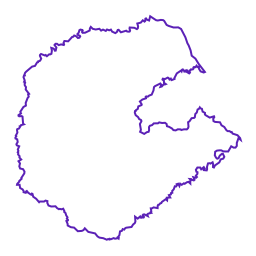 the district of Goiatins, Tocantins, Brazil, rotated 90°
{"feature_id": "56859067B69520863408764", "entity_name": "Goiatins", "entity_type": "district", "adm_level": 2, "iso_a3": "BRA", "parent_name": "Brazil", "parent_adm1": "Tocantins", "projection": "albers", "projection_center": [-47.51, -8.02], "detail": "fine", "context": "isolated", "style": "outline", "palette": "violet", "viewbox_px": 256, "rotation_deg": 90, "n_neighbors": 0, "source": "geoboundaries", "source_scale": "gbopen_adm2", "svg_char_len": 5770}
<svg xmlns="http://www.w3.org/2000/svg" viewBox="0 0 256 256"><g transform="rotate(90 128 128)"><path d="M72.0,51.1L63.8,57.4L58.6,60.6L55.7,64.3L50.4,65.4L45.5,67.3L43.2,68.6L37.3,70.6L29.0,74.9L27.4,77.7L27.5,82.4L25.9,87.4L24.9,89.4L20.9,91.8L20.1,92.9L19.9,95.2L20.5,98.2L20.2,99.9L16.3,105.8L20.5,106.9L19.7,109.0L18.4,110.0L18.7,110.6L21.0,110.8L21.6,111.5L20.3,113.2L22.6,115.2L23.5,118.7L26.4,117.9L28.3,118.2L29.1,119.1L27.8,121.6L27.5,126.3L28.6,126.5L30.5,125.9L31.4,126.2L31.7,126.9L31.5,128.9L30.7,129.8L32.3,135.1L29.8,137.4L30.0,138.3L32.1,139.2L33.1,140.7L31.6,143.9L29.6,145.1L30.3,146.8L29.5,149.0L30.9,150.2L29.6,153.0L30.6,154.9L28.8,156.6L29.5,160.3L28.8,163.3L26.9,165.2L28.4,166.1L30.5,166.3L32.7,170.9L32.8,173.4L32.0,174.0L30.5,173.3L30.0,173.6L29.6,175.6L30.2,176.6L32.7,177.3L34.1,178.6L35.0,178.0L35.7,176.2L36.4,175.8L37.7,176.6L38.0,178.1L36.2,179.9L35.5,181.8L36.7,182.7L36.9,183.8L41.3,187.8L41.0,191.6L43.0,192.5L44.3,191.9L45.0,192.2L44.4,194.9L45.1,197.3L43.8,199.0L43.8,200.5L45.0,201.5L47.5,199.6L50.6,200.3L50.7,201.1L49.1,201.9L48.5,202.7L47.9,204.7L50.7,204.1L53.8,204.6L54.4,205.8L54.3,206.8L56.2,209.1L55.0,210.3L55.5,211.0L54.0,215.0L54.8,215.9L55.8,216.1L58.6,214.8L60.2,215.6L61.0,216.3L61.3,217.8L62.2,218.0L62.4,218.9L65.9,221.0L66.6,223.9L71.7,229.9L72.8,230.9L74.6,231.5L75.4,231.2L75.5,232.0L77.1,232.5L80.4,231.3L81.8,231.9L82.0,231.1L82.8,230.8L83.8,231.4L85.4,231.2L87.1,230.0L89.5,230.3L93.9,226.9L94.4,227.9L96.7,227.3L98.0,228.4L102.9,230.3L105.6,230.1L107.0,232.6L111.8,235.7L113.4,235.0L115.1,237.5L115.8,237.5L116.3,236.8L116.1,234.3L116.6,233.5L123.7,232.9L124.3,232.1L125.2,235.1L126.1,235.5L126.3,236.3L127.1,236.1L128.6,237.1L129.1,238.7L129.9,239.0L132.6,238.6L135.6,240.2L136.2,239.7L137.6,240.6L138.5,240.5L139.3,238.8L140.3,238.6L142.0,238.3L144.2,239.6L145.3,239.2L146.3,236.8L149.5,238.2L150.9,237.6L152.3,238.3L152.9,237.7L154.5,237.9L156.2,236.4L157.5,236.6L159.5,234.8L161.2,237.5L163.4,236.0L166.3,236.7L168.5,235.9L169.2,232.9L171.6,231.5L173.4,231.7L178.0,234.7L178.8,234.4L180.9,236.7L181.6,236.7L183.9,238.8L184.8,239.0L184.8,236.4L188.0,235.9L189.4,233.4L191.2,232.3L192.2,232.4L192.8,230.3L192.4,229.4L191.4,229.8L191.0,229.2L192.7,227.8L194.4,225.4L194.7,224.7L193.6,224.1L193.9,223.5L196.7,222.8L198.8,219.8L202.2,216.9L201.5,216.2L201.5,211.9L200.6,210.5L201.1,208.6L202.9,208.7L205.5,207.5L206.5,204.8L206.3,200.5L208.1,198.9L209.2,197.1L208.9,196.2L209.3,194.4L208.7,192.8L211.1,191.6L211.9,191.8L213.0,190.5L215.4,189.8L217.3,188.5L218.7,189.2L219.7,188.1L220.4,188.1L221.0,189.6L223.8,188.4L225.5,188.3L227.2,185.1L227.6,181.9L231.2,178.2L230.9,174.2L230.1,172.5L228.3,171.2L231.9,167.7L233.4,160.9L236.4,158.5L237.6,156.6L238.2,152.7L239.7,149.2L239.0,147.8L239.5,146.8L238.8,146.2L239.3,145.3L238.1,142.3L238.7,141.0L238.4,139.1L237.7,138.7L238.6,137.4L237.6,137.2L236.7,137.7L235.2,136.6L231.4,136.0L230.9,134.2L229.1,133.3L229.6,131.8L228.2,130.8L227.7,129.8L227.0,124.5L224.5,122.9L223.1,121.2L221.6,120.6L216.7,120.9L218.6,118.3L216.5,115.9L217.6,115.5L217.7,114.6L216.9,114.0L217.5,113.3L217.5,112.4L216.9,112.0L215.2,113.3L214.5,112.7L214.4,111.6L216.1,108.2L214.5,108.8L213.7,107.9L212.9,104.7L212.1,105.4L211.4,104.7L208.4,105.2L208.4,104.1L207.4,102.4L208.1,98.4L205.8,98.3L204.8,97.8L204.7,96.9L203.3,95.7L203.1,94.7L201.9,94.1L199.2,90.3L200.4,88.9L199.2,88.8L198.6,89.5L197.7,89.3L197.5,85.8L195.1,87.1L194.4,85.1L193.0,84.9L192.8,83.7L190.9,83.8L189.4,82.3L186.3,81.2L186.5,80.0L185.4,79.1L184.2,79.4L183.7,77.8L186.0,76.6L183.7,75.8L184.8,74.3L183.3,72.1L183.8,71.3L182.3,69.2L181.7,66.9L182.5,66.8L183.5,65.7L181.4,65.8L180.3,65.1L179.0,66.2L179.1,64.8L179.8,64.2L180.4,62.2L179.8,61.5L177.2,62.6L177.8,60.0L177.0,59.1L175.7,60.1L173.8,58.6L172.2,58.5L171.7,59.6L169.8,60.1L167.5,58.6L167.5,55.8L169.3,54.8L167.1,52.2L168.4,51.3L169.5,52.5L170.1,52.3L170.4,49.3L169.3,48.9L166.9,49.0L163.4,48.0L163.2,46.2L163.6,45.5L162.3,43.4L163.9,42.9L167.1,43.0L167.5,42.1L165.4,41.0L162.4,36.7L159.4,35.3L158.6,32.7L156.8,31.7L153.8,33.1L153.7,33.9L155.6,36.2L158.2,37.5L158.7,38.8L157.6,40.0L155.3,41.2L151.7,40.8L150.6,39.0L150.3,36.2L150.3,34.9L151.4,32.6L151.5,27.8L146.3,24.8L147.6,22.4L147.6,20.5L145.9,19.2L142.9,19.2L138.1,17.5L139.8,15.4L138.1,15.9L135.2,18.5L133.6,23.4L132.0,24.3L132.2,25.0L131.1,26.5L131.1,28.3L130.3,29.5L127.0,31.7L125.3,34.5L122.3,36.0L121.9,41.0L121.1,42.5L118.8,42.8L117.1,41.7L116.3,42.0L117.6,46.3L115.1,50.5L114.4,51.1L112.9,51.0L111.6,53.4L108.8,54.1L108.3,55.6L107.4,56.2L108.8,57.0L109.5,58.4L112.5,59.2L114.0,60.7L117.3,61.2L117.9,61.9L118.2,64.4L121.3,66.5L122.2,67.9L126.8,67.5L128.2,68.0L129.4,69.2L129.3,72.0L130.0,74.7L129.4,75.3L129.3,78.2L130.4,80.3L130.1,82.6L128.5,84.0L126.8,87.0L126.2,89.0L124.0,89.4L122.8,91.0L123.0,93.9L122.4,96.8L123.3,98.0L123.4,102.2L125.1,103.9L125.8,106.2L127.1,107.0L130.2,106.9L131.8,107.4L132.2,109.2L133.9,111.8L131.8,115.9L129.8,115.1L124.0,116.1L121.3,114.6L120.5,114.7L119.9,115.1L119.1,116.8L117.1,117.9L115.2,120.3L112.7,121.2L111.1,121.0L111.0,120.3L110.2,120.1L108.9,118.2L106.4,117.7L105.1,114.5L104.3,114.3L101.5,116.1L99.5,113.6L98.3,110.0L96.8,110.3L96.4,109.8L96.7,108.2L95.6,106.9L94.6,104.3L90.4,102.5L87.1,102.0L86.2,101.1L83.5,95.7L84.7,94.7L86.9,95.6L86.5,94.2L84.3,92.3L84.5,91.2L84.1,90.2L82.8,92.0L80.7,92.1L79.6,93.5L78.7,93.2L79.0,90.9L77.6,88.3L77.9,87.5L79.5,86.5L78.6,85.2L80.1,84.5L79.8,83.5L78.9,81.4L78.1,81.6L73.4,79.2L70.6,75.0L71.4,74.4L69.7,73.9L69.4,73.2L70.8,72.1L70.5,70.6L71.6,71.1L71.6,70.0L70.4,69.0L72.1,67.7L72.5,68.3L73.4,66.8L72.6,66.0L71.1,66.7L70.4,66.4L70.3,65.5L69.4,65.1L69.4,63.2L68.5,62.4L67.5,62.6L67.0,62.0L67.2,60.4L65.7,59.5L67.0,58.4L66.6,57.1L68.6,57.1L71.4,55.4L72.5,52.3L72.0,51.1Z" fill="none" stroke="#5b21b6" stroke-width="2"/></g></svg>